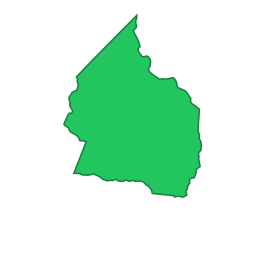 Capinzal do Norte, Maranhão, Brazil (orthographic projection), rotated 326°
{"feature_id": "56859067B19446581324934", "entity_name": "Capinzal do Norte", "entity_type": "district", "adm_level": 2, "iso_a3": "BRA", "parent_name": "Brazil", "parent_adm1": "Maranhão", "projection": "orthographic", "projection_center": [-44.307, -4.686], "detail": "fine", "context": "isolated", "style": "filled", "palette": "green", "viewbox_px": 256, "rotation_deg": 326, "n_neighbors": 0, "source": "geoboundaries", "source_scale": "gbopen_adm2", "svg_char_len": 2030}
<svg xmlns="http://www.w3.org/2000/svg" viewBox="0 0 256 256"><g transform="rotate(326 128 128)"><path d="M128.2,211.4L131.2,212.4L132.9,213.8L134.3,215.8L136.2,216.3L139.3,216.5L139.9,214.8L140.5,213.1L142.4,212.0L143.8,211.1L145.1,209.4L148.1,208.4L149.1,207.1L149.9,205.2L153.1,205.1L154.7,206.4L157.9,204.5L159.8,202.6L161.2,200.5L166.3,200.2L169.5,192.8L170.9,191.4L171.5,189.6L173.2,187.8L176.1,187.2L178.7,183.9L179.9,181.9L180.9,179.6L181.0,176.5L182.6,175.0L183.5,173.4L183.9,171.6L184.5,169.6L186.1,167.2L187.6,165.3L188.6,164.0L190.4,161.8L191.6,160.2L194.4,156.6L196.4,154.1L197.7,152.3L196.4,148.0L194.4,142.9L194.7,141.1L196.5,138.6L196.5,136.3L196.6,132.7L196.6,130.7L196.0,128.7L194.5,126.4L191.7,122.0L192.4,120.4L193.6,117.8L194.1,114.8L193.9,112.1L192.6,111.0L189.6,109.9L186.9,108.9L184.5,106.6L181.4,105.3L178.5,97.9L177.7,95.3L177.3,91.9L178.7,89.8L181.0,89.1L184.0,85.4L184.9,82.8L184.6,80.1L183.7,78.6L181.6,78.2L179.4,76.3L179.6,74.1L179.5,70.0L180.9,67.8L183.7,67.1L184.2,65.6L185.0,62.3L185.8,58.7L186.4,52.1L187.0,50.3L191.0,49.4L192.3,47.8L192.9,45.8L194.3,43.5L196.6,41.8L198.3,39.5L138.3,51.5L113.8,56.8L113.5,59.2L111.9,60.9L111.3,63.2L110.3,65.4L108.4,66.4L106.8,68.2L104.2,67.5L101.3,67.3L99.8,68.3L98.1,68.7L95.9,69.9L94.7,72.6L94.2,74.3L92.6,76.3L92.0,77.9L91.9,80.7L91.6,83.0L89.3,84.3L87.8,82.9L84.9,83.8L82.9,85.5L81.2,86.2L78.7,87.9L76.9,89.1L77.4,91.5L78.8,94.5L78.1,97.2L78.3,99.4L79.3,101.6L80.3,103.2L81.2,105.6L81.9,107.7L81.3,110.0L81.1,111.7L82.8,112.9L84.0,114.0L85.7,116.0L57.7,135.3L60.4,137.1L62.0,138.3L63.6,141.0L65.0,142.2L66.3,143.2L68.6,144.8L72.5,146.5L74.2,147.1L74.9,148.8L76.5,151.3L77.7,153.6L78.2,156.3L79.9,158.1L81.4,160.5L83.7,161.1L85.7,162.9L89.1,163.7L90.4,166.5L92.1,168.0L94.0,169.4L95.9,169.7L97.6,170.1L98.6,172.5L100.5,173.4L102.7,174.0L104.1,176.3L105.9,177.3L108.4,178.7L110.4,181.0L110.9,183.0L111.3,185.7L112.5,187.5L112.5,190.0L113.0,191.6L112.5,193.4L111.5,195.8L127.9,209.5L128.2,211.4Z" fill="#22c55e" stroke="#15803d" stroke-width="1.5"/></g></svg>